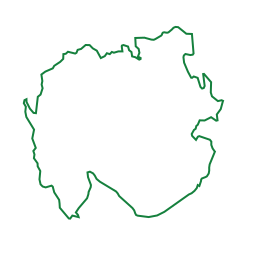 Lincolnshire, Natural Earth projection, rotated 80°
{"feature_id": "GBR-2081", "entity_name": "Lincolnshire", "entity_type": "Administrative County", "adm_level": 1, "iso_a3": "GBR", "parent_name": "United Kingdom", "parent_adm1": "", "projection": "natural_earth1", "projection_center": [-0.294, 53.122], "detail": "fine", "context": "isolated", "style": "outline", "palette": "green", "viewbox_px": 256, "rotation_deg": 80, "n_neighbors": 0, "source": "natural_earth", "source_scale": "10m", "svg_char_len": 2304}
<svg xmlns="http://www.w3.org/2000/svg" viewBox="0 0 256 256"><g transform="rotate(80 128 128)"><path d="M166.3,46.5L178.0,53.9L181.0,54.9L184.0,55.4L186.8,56.4L189.3,58.7L189.8,60.2L190.2,62.3L190.6,64.1L191.5,64.9L192.9,65.3L197.5,67.8L196.3,69.2L199.1,70.7L201.5,73.5L203.3,76.7L204.0,79.5L216.9,106.8L219.2,114.5L219.3,123.1L216.0,133.7L215.1,135.1L213.3,135.7L210.2,136.2L207.6,137.5L193.5,148.5L190.6,149.5L188.4,150.8L176.0,165.0L172.7,167.8L169.0,169.0L166.6,170.3L164.4,173.1L164.7,175.6L169.5,175.9L177.7,174.4L179.8,175.0L184.2,177.9L186.3,178.5L190.1,180.5L198.3,190.4L202.1,194.0L204.9,192.4L207.2,192.1L206.8,193.0L204.6,198.0L207.2,200.7L206.8,202.0L194.7,209.0L190.4,208.5L186.8,208.3L178.6,211.8L172.7,212.3L171.5,213.3L172.2,219.4L170.8,222.2L168.3,223.9L163.2,224.1L155.3,221.9L155.0,221.9L150.1,223.6L147.1,223.2L141.4,225.9L137.8,224.7L134.2,225.2L131.6,222.3L121.7,224.1L113.3,220.8L99.5,226.2L94.2,226.3L89.3,224.9L85.5,226.3L82.6,225.1L82.0,223.0L84.8,223.4L92.0,221.2L96.7,218.4L97.4,216.1L81.6,211.4L79.9,208.3L74.0,205.2L70.2,205.5L66.9,204.2L60.3,204.0L60.2,203.8L58.1,199.6L56.2,191.7L53.9,189.8L51.1,183.3L48.7,179.8L44.0,178.8L44.1,176.4L42.5,173.9L45.5,167.1L45.0,165.7L42.3,164.0L42.0,160.5L38.9,155.3L39.7,151.4L43.5,148.8L46.4,145.3L54.4,142.6L53.2,138.4L50.7,135.8L52.1,133.1L50.3,130.7L51.4,128.8L50.9,124.2L51.6,120.2L46.6,120.0L45.8,119.7L45.5,118.1L47.8,113.8L51.6,113.4L53.8,111.4L58.2,111.5L59.5,108.6L62.6,105.1L62.3,103.7L61.3,103.4L59.4,105.8L55.9,103.7L51.9,103.8L48.9,106.2L40.6,105.2L41.9,96.2L45.0,89.6L45.6,87.3L45.2,85.7L42.8,79.3L42.0,78.4L41.0,77.9L40.2,77.2L40.0,75.8L40.8,73.6L41.0,72.5L40.8,71.5L38.7,67.8L37.2,65.8L36.7,63.7L37.4,61.1L42.4,56.7L45.3,54.2L46.5,48.7L66.0,50.5L67.0,51.5L67.0,53.9L65.1,58.6L66.3,60.4L67.9,61.1L73.4,61.4L83.0,59.2L89.4,57.1L89.7,56.2L88.7,54.3L90.7,50.7L100.1,49.5L102.0,48.2L101.8,46.5L99.9,45.2L87.9,44.6L87.9,43.8L97.3,38.2L107.4,40.3L111.4,39.8L117.1,34.8L116.9,31.0L117.8,29.7L118.5,30.1L125.5,33.4L130.1,38.2L136.0,38.5L136.1,39.9L131.8,44.3L133.9,51.2L132.9,56.1L136.9,58.7L137.9,60.4L140.5,61.5L141.4,63.4L145.0,66.3L146.9,66.2L151.5,63.1L148.7,60.7L148.4,59.2L153.8,49.4L155.9,48.3L159.1,48.9L162.9,48.2L165.2,47.1L165.6,47.0L166.3,46.5L166.3,46.5Z" fill="none" stroke="#15803d" stroke-width="2"/></g></svg>